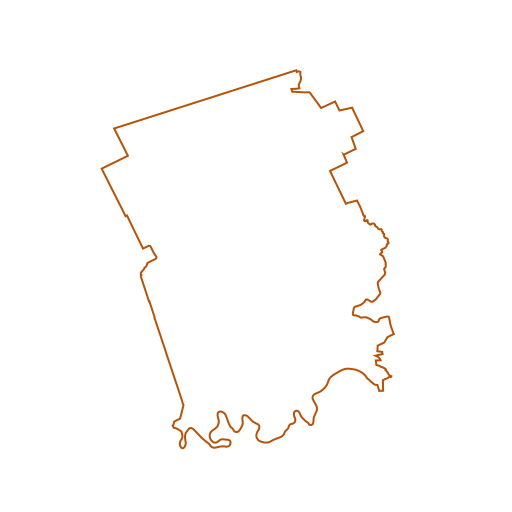 Gustavo Díaz Ordaz, Tamaulipas, Mexico, rotated 154°
{"feature_id": "50627088B69577652591157", "entity_name": "Gustavo Díaz Ordaz", "entity_type": "district", "adm_level": 2, "iso_a3": "MEX", "parent_name": "Mexico", "parent_adm1": "Tamaulipas", "projection": "robinson", "projection_center": [-98.631, 26.139], "detail": "fine", "context": "isolated", "style": "outline", "palette": "amber", "viewbox_px": 512, "rotation_deg": 154, "n_neighbors": 0, "source": "geoboundaries", "source_scale": "gbopen_adm2", "svg_char_len": 6059}
<svg xmlns="http://www.w3.org/2000/svg" viewBox="0 0 512 512"><g transform="rotate(154 256 256)"><path d="M327.6,432.8L327.2,402.2L356.4,402.2L356.2,381.6L355.8,356.0L355.8,348.9L354.2,349.0L354.3,332.9L354.3,312.2L347.8,312.2L347.2,311.8L346.8,311.5L346.6,310.8L346.6,305.5L346.3,301.4L345.9,298.8L346.5,297.8L347.5,297.4L353.0,297.4L355.9,297.3L356.7,297.2L359.1,294.9L359.6,294.6L361.0,294.4L361.7,294.0L362.8,293.1L366.5,291.6L366.9,291.4L367.5,290.3L367.5,289.7L367.3,289.0L368.1,288.6L368.3,288.4L368.5,288.1L369.5,280.7L370.9,270.6L372.1,262.2L371.7,262.1L373.9,245.5L374.3,245.3L376.3,230.1L376.3,229.7L377.7,219.8L378.2,215.2L379.3,207.9L384.7,167.2L386.0,158.0L386.3,156.3L386.4,155.9L386.5,153.8L395.0,143.7L395.5,143.2L395.9,143.1L401.8,143.1L402.3,142.8L404.3,140.4L404.6,140.3L405.3,140.1L405.1,137.4L404.2,137.0L403.3,136.1L402.2,134.7L400.2,131.4L400.1,130.3L400.3,129.1L400.6,127.7L401.0,126.6L401.5,125.5L402.5,124.5L405.4,122.5L406.7,120.8L407.2,119.9L407.3,119.0L407.4,117.7L407.2,116.6L406.8,115.7L406.0,115.2L404.5,115.4L403.5,116.0L402.2,117.1L401.3,118.3L400.8,119.6L400.2,121.7L399.5,123.6L398.6,125.5L397.8,126.5L396.7,127.7L395.5,128.4L393.5,129.5L392.2,130.1L391.3,130.3L390.7,130.2L389.7,129.8L388.9,128.9L388.1,127.7L387.6,126.1L385.8,120.4L384.6,116.6L383.9,114.8L383.0,112.9L382.3,111.2L381.3,109.4L380.6,107.8L380.2,106.6L380.2,105.3L379.6,103.9L378.7,102.8L377.7,102.0L375.5,101.3L372.4,100.6L370.0,99.8L368.6,99.1L367.7,98.6L366.1,97.5L364.6,97.1L363.4,97.1L362.4,97.6L361.5,98.3L360.8,99.2L360.4,100.3L360.4,101.3L361.0,102.4L361.9,103.2L366.3,105.9L368.0,106.5L368.9,106.5L370.5,106.1L372.5,105.8L374.0,105.9L375.2,106.5L376.1,107.5L377.2,110.6L377.1,112.1L376.8,114.0L376.1,115.3L375.5,116.2L374.8,116.9L373.6,117.7L372.3,118.1L369.0,118.7L367.6,119.0L366.1,119.5L364.9,120.1L362.8,122.2L362.0,123.5L361.4,125.3L361.0,127.5L360.6,129.0L360.2,130.0L359.7,130.8L359.1,131.6L358.2,132.1L356.9,132.1L355.6,131.6L354.2,130.1L353.4,128.5L353.0,126.7L353.1,125.1L353.9,117.0L353.9,114.5L353.7,113.0L353.0,111.9L352.7,110.9L352.4,108.3L352.0,107.4L351.1,106.6L349.9,106.0L349.2,106.0L347.9,106.3L346.8,106.8L345.4,107.7L342.6,109.7L341.6,110.9L340.5,113.1L340.0,114.8L339.4,116.2L338.8,117.1L338.1,117.9L337.4,118.3L336.2,118.0L335.3,117.4L334.4,116.5L333.8,115.6L332.7,112.5L331.6,108.9L329.4,105.5L328.1,104.1L327.6,102.6L327.6,101.8L327.9,101.0L329.0,99.2L331.4,97.7L332.5,96.8L333.5,95.8L334.2,94.9L334.8,93.6L335.0,92.6L334.9,91.0L334.7,89.6L334.2,88.6L333.2,87.3L331.7,85.9L330.5,84.9L328.7,83.9L326.8,83.1L325.1,82.9L321.1,83.1L319.4,83.0L317.5,82.9L315.5,82.6L313.7,82.5L311.8,82.5L310.3,83.0L308.8,83.7L307.6,84.9L306.6,85.6L305.6,86.0L304.7,86.2L303.3,86.7L302.2,87.4L300.9,88.8L300.2,89.3L299.2,89.7L298.2,89.7L297.1,89.3L295.8,89.2L294.5,89.4L293.6,89.9L292.4,91.7L292.0,93.0L291.9,95.7L291.5,96.6L290.9,97.8L290.5,98.6L289.6,99.1L288.7,99.4L287.6,99.3L286.6,98.5L285.9,97.6L285.7,96.1L285.7,94.8L285.8,92.9L285.6,91.4L285.1,89.4L284.0,86.4L282.2,82.9L282.1,81.3L281.5,80.4L280.7,80.0L279.5,79.9L278.5,80.1L278.0,80.6L276.6,82.6L276.1,83.6L274.9,85.5L273.8,86.5L269.8,89.8L268.9,90.8L268.1,92.2L267.5,93.8L267.4,95.6L267.5,97.9L267.7,100.3L267.7,103.0L267.2,104.0L266.6,104.9L265.8,105.5L264.6,106.0L263.3,106.2L259.8,106.0L257.6,106.0L255.7,106.3L253.7,106.9L251.6,107.6L250.2,108.3L249.1,108.9L247.8,109.9L245.1,112.6L243.8,113.5L243.0,114.0L241.7,114.5L240.1,114.8L238.4,115.2L232.3,115.7L230.2,115.8L228.6,115.8L227.1,115.7L225.8,115.5L224.2,115.0L222.7,114.4L220.8,113.3L218.9,112.0L217.1,110.8L215.8,109.7L214.3,108.0L213.3,106.8L212.2,105.2L211.3,103.6L210.4,101.2L210.0,99.7L209.5,96.7L208.9,96.0L208.2,93.8L205.9,88.6L204.9,87.7L203.4,86.9L204.4,80.7L200.8,79.2L198.5,84.2L196.4,88.7L194.3,88.8L191.2,88.5L189.3,89.0L188.9,89.0L188.1,88.1L187.9,88.0L187.1,88.6L188.1,89.7L188.6,91.2L188.7,92.3L188.7,93.8L189.6,96.8L188.9,97.2L189.8,99.0L190.1,99.2L190.6,100.0L191.5,101.0L192.1,101.4L192.8,102.4L193.0,103.1L193.6,103.5L194.5,104.3L195.6,105.3L194.1,109.6L189.7,107.6L189.6,107.9L189.8,109.9L190.6,112.0L192.2,114.0L185.2,112.4L184.8,114.2L184.6,114.5L188.7,117.2L185.9,122.1L178.7,122.0L173.3,125.5L166.3,125.4L166.3,127.2L165.4,134.7L163.3,142.5L163.4,143.2L164.0,143.8L165.0,144.2L168.1,144.9L171.3,145.5L172.4,145.4L173.4,144.9L174.1,144.0L175.0,143.5L176.1,143.5L177.6,144.3L178.4,145.0L179.6,146.2L179.8,147.0L180.4,148.3L181.5,149.9L182.8,151.5L184.1,152.8L186.4,153.7L188.8,154.7L190.2,156.7L192.7,159.2L193.8,159.5L194.6,160.5L194.3,161.7L190.7,166.5L189.5,167.0L183.8,166.2L182.1,166.3L178.5,167.2L176.4,168.7L174.9,168.1L172.6,164.4L171.7,163.9L167.8,164.3L160.9,167.6L160.3,168.7L159.9,173.2L158.7,177.7L157.8,179.2L148.5,182.8L147.2,184.3L146.6,188.1L144.1,189.5L142.3,193.4L141.9,199.5L142.0,200.5L143.8,203.0L143.3,203.4L142.6,203.7L142.0,203.7L141.0,204.0L140.6,204.6L140.6,205.3L140.9,205.8L141.0,206.2L140.4,206.7L138.8,206.8L136.6,206.6L135.0,207.2L133.8,208.1L133.2,209.2L132.6,209.3L131.9,209.2L131.2,209.4L131.0,210.4L131.3,210.9L131.1,211.7L130.5,212.5L130.2,213.6L130.5,214.3L131.5,215.3L132.1,216.0L132.2,216.6L132.2,217.7L131.9,218.5L131.4,219.0L131.2,219.6L131.4,220.2L131.8,220.6L132.0,221.1L131.5,221.5L131.4,221.9L131.7,222.4L131.9,223.1L131.5,224.6L131.8,225.3L132.6,225.4L133.2,225.7L134.2,226.9L134.3,228.1L134.8,229.6L135.5,230.2L135.6,231.3L135.3,232.1L135.8,233.4L137.4,234.3L138.2,234.3L138.8,234.0L139.6,234.1L140.3,235.5L140.8,236.8L140.7,238.0L140.2,238.5L140.1,239.1L140.5,239.6L141.3,239.6L141.9,239.3L142.3,239.3L142.8,239.5L143.2,240.0L143.1,240.9L142.2,242.1L140.6,243.8L140.7,244.6L141.5,244.9L141.7,246.4L141.3,247.5L140.8,254.9L140.9,261.6L150.6,263.5L152.3,263.5L152.2,300.0L133.3,300.0L132.8,308.8L132.7,308.6L119.4,308.6L118.0,321.0L104.9,321.2L104.6,347.2L117.2,350.2L117.2,360.2L132.6,360.5L136.1,379.7L140.3,381.6L151.4,387.8L150.9,390.6L146.3,388.6L143.5,387.7L142.8,390.8L140.6,392.8L139.7,393.3L138.0,395.4L137.1,397.1L136.8,399.3L135.4,402.0L136.9,403.4L138.7,403.5L138.4,405.3L327.6,432.8Z" fill="none" stroke="#b45309" stroke-width="2"/></g></svg>